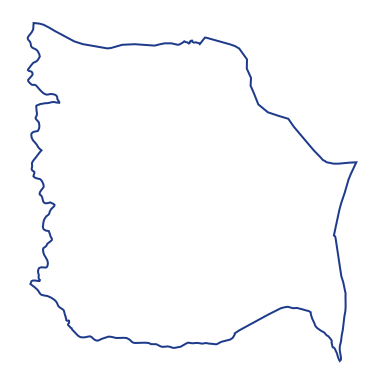 Sukhuma, Champasak, Laos (Albers equal-area conic projection)
{"feature_id": "54806243B81764189920693", "entity_name": "Sukhuma", "entity_type": "district", "adm_level": 2, "iso_a3": "LAO", "parent_name": "Laos", "parent_adm1": "Champasak", "projection": "albers", "projection_center": [105.623, 14.635], "detail": "fine", "context": "isolated", "style": "outline", "palette": "blue", "viewbox_px": 384, "rotation_deg": 0, "n_neighbors": 0, "source": "geoboundaries", "source_scale": "gbopen_adm2", "svg_char_len": 5419}
<svg xmlns="http://www.w3.org/2000/svg" viewBox="0 0 384 384"><path d="M33.6,23.0L33.4,26.4L33.2,29.3L31.8,32.1L28.3,36.5L27.7,37.9L27.8,38.8L28.4,40.0L30.0,41.7L30.5,43.1L31.2,46.4L32.2,47.6L33.7,48.4L35.9,49.4L37.0,50.3L38.2,52.0L39.3,54.3L39.8,56.6L37.9,59.9L36.2,61.5L33.3,62.8L32.7,63.5L31.0,65.5L28.1,69.4L27.9,70.0L29.0,71.0L30.6,71.3L31.7,71.9L32.4,72.8L32.6,74.5L31.6,76.0L28.3,79.6L28.1,80.2L28.3,81.2L29.4,82.6L31.6,84.6L32.3,84.9L34.6,84.8L35.9,85.3L36.9,86.4L40.6,90.6L42.6,92.5L44.3,93.8L46.4,94.6L47.7,94.6L50.4,94.0L53.2,94.2L55.4,94.9L56.6,95.9L57.2,97.1L57.4,99.2L59.3,102.1L59.2,102.8L56.3,102.5L54.2,102.0L51.6,102.2L48.1,103.1L45.4,103.2L40.2,104.1L36.7,105.5L36.2,106.0L36.5,110.3L36.9,113.0L36.9,115.1L35.7,117.4L35.6,118.3L35.9,119.0L38.8,122.3L39.4,125.6L39.1,128.5L37.8,131.0L33.4,131.9L32.3,132.7L31.8,133.3L31.4,133.9L31.3,135.2L31.7,137.8L33.0,140.3L34.9,142.4L36.7,144.6L38.1,147.0L39.4,148.6L41.5,150.3L39.5,152.6L36.1,157.1L33.3,160.6L32.2,162.4L32.2,162.5L31.9,163.7L32.2,166.3L31.6,169.0L32.4,170.6L33.3,171.2L34.3,171.8L34.4,173.2L33.8,174.9L33.4,176.2L34.5,177.4L35.9,178.1L38.3,178.7L39.8,179.0L40.9,179.8L41.8,181.0L42.5,182.2L43.5,184.7L43.7,186.7L43.3,187.6L41.5,189.8L40.0,192.1L39.6,193.4L39.8,194.6L40.6,195.0L41.3,195.8L42.1,197.1L42.8,199.9L43.3,201.6L44.1,202.7L45.3,203.2L46.7,203.3L49.3,202.7L50.4,202.4L52.1,203.3L53.7,204.1L54.5,204.8L54.4,205.8L53.2,207.2L51.1,209.1L49.7,211.7L49.5,212.8L48.8,214.4L46.5,216.2L45.4,217.5L44.9,218.4L43.9,220.2L43.7,221.1L43.2,223.7L43.1,225.6L42.8,226.7L43.2,228.3L43.8,229.4L44.8,230.0L46.0,230.6L47.8,230.9L48.8,231.1L49.8,233.9L50.7,236.8L51.7,238.2L51.9,239.1L51.8,240.1L50.4,241.4L48.0,243.2L47.1,244.1L46.5,245.6L45.5,246.7L44.5,247.3L43.3,248.3L43.0,249.5L43.3,252.3L44.2,254.9L45.8,257.6L47.3,260.3L47.9,262.9L47.6,265.5L47.0,266.8L46.0,267.5L44.4,267.5L43.3,267.4L41.3,267.3L40.2,267.6L39.1,268.1L38.4,269.4L38.0,271.5L38.3,273.3L38.8,275.2L38.6,276.9L38.6,278.0L39.3,279.6L39.9,280.0L39.5,281.0L38.4,281.0L35.1,280.5L34.0,280.5L32.8,280.5L31.6,281.1L31.0,282.3L30.4,284.0L34.9,287.4L35.8,288.3L37.2,289.5L37.9,290.3L38.4,291.0L39.0,292.0L39.6,293.0L40.2,293.7L40.5,294.1L41.3,294.7L41.8,294.9L42.5,295.1L43.4,295.3L44.7,295.6L46.2,295.8L47.3,296.0L48.4,296.4L49.4,296.9L50.7,297.4L52.6,298.6L53.8,299.4L54.9,300.3L55.7,301.1L56.3,301.8L56.7,302.6L57.4,303.8L57.7,304.7L58.1,305.7L58.4,306.1L58.6,306.5L58.8,306.6L59.9,307.5L61.1,308.3L62.2,309.0L63.1,309.7L63.5,310.1L63.8,310.5L64.0,311.1L64.3,312.3L64.7,313.9L65.1,315.4L65.5,316.1L65.7,316.4L65.7,316.6L65.7,316.8L65.6,317.2L65.6,317.4L65.7,317.7L66.0,318.3L66.1,318.7L66.2,319.1L66.2,319.9L66.3,320.2L67.1,320.8L67.5,320.8L68.0,320.6L68.3,320.5L68.5,320.5L68.8,320.6L69.1,320.8L69.1,321.0L69.1,322.3L69.1,322.6L68.9,323.0L68.7,323.4L68.5,323.6L68.2,323.9L68.1,324.1L68.0,324.3L68.0,324.6L68.2,325.1L68.4,325.4L68.7,325.8L69.0,326.0L69.5,326.3L69.7,326.5L69.9,326.8L70.1,327.1L70.2,327.4L70.4,327.6L70.7,327.8L71.3,328.0L71.6,328.2L72.1,329.5L77.9,335.6L80.1,337.0L82.2,337.4L84.9,337.3L88.1,336.6L90.0,336.3L91.6,337.1L93.2,338.6L94.8,339.9L96.7,340.6L98.3,340.5L101.9,338.8L105.5,337.6L108.6,336.6L111.6,336.9L114.9,337.7L116.7,338.0L120.8,337.9L123.6,337.8L126.6,338.0L129.9,339.8L131.0,341.1L132.9,342.5L133.9,342.8L135.5,343.0L140.5,342.8L145.2,342.7L148.7,343.0L151.0,344.1L154.9,344.2L156.1,344.2L157.0,344.5L158.3,345.2L160.0,346.1L162.0,346.8L164.0,346.8L167.3,346.4L169.0,346.6L171.0,347.2L173.1,347.9L174.4,347.9L180.7,346.7L182.9,345.4L187.3,342.9L188.4,342.7L192.5,343.3L195.8,343.0L197.0,342.9L198.2,343.0L201.8,343.6L203.0,343.5L206.3,343.0L208.3,343.5L211.7,343.8L216.0,344.3L217.2,344.0L221.1,341.9L224.9,340.9L230.1,339.6L232.7,337.9L234.7,334.6L234.7,333.4L239.2,330.4L268.0,314.7L280.7,308.3L283.2,307.6L286.0,307.0L288.0,306.8L290.7,307.6L292.6,308.1L294.2,308.2L296.7,307.9L299.2,308.5L301.9,309.2L305.7,310.3L308.9,311.1L310.7,312.3L310.8,314.3L312.3,318.9L314.1,322.6L315.5,326.2L317.5,328.3L320.8,330.6L324.2,332.5L326.6,335.3L328.0,336.0L328.7,336.7L329.9,338.1L331.4,340.0L331.8,341.0L331.7,341.7L331.5,342.3L331.9,343.6L331.9,344.1L332.1,344.7L332.1,345.1L332.3,345.9L332.5,346.7L332.8,347.2L332.9,347.4L333.8,347.5L334.8,348.7L337.1,353.7L337.4,355.2L337.9,356.7L338.5,358.6L339.7,361.0L340.4,360.4L340.8,359.8L341.0,359.0L341.0,358.2L340.7,356.0L340.2,353.1L339.7,350.0L339.8,346.2L341.0,341.4L341.6,336.4L341.7,335.4L342.8,329.9L343.3,325.6L343.8,321.3L344.4,316.3L345.0,313.1L345.4,310.8L345.4,310.5L345.4,310.4L345.6,307.6L345.6,304.1L345.5,296.3L345.6,293.6L345.1,291.2L343.2,282.1L341.3,276.1L335.5,237.7L335.1,236.4L333.9,235.5L339.0,211.5L339.7,208.6L341.2,203.1L344.7,192.8L348.6,179.3L349.2,178.0L350.8,174.0L352.6,170.2L356.3,162.3L348.9,162.7L338.3,163.7L333.7,163.7L326.5,162.2L325.2,161.2L322.8,159.9L320.4,157.2L313.7,150.3L293.7,126.6L288.3,118.8L278.4,115.8L267.9,112.3L258.3,104.4L254.0,93.5L250.6,85.7L251.0,77.9L246.8,68.6L247.0,59.4L239.2,48.5L237.0,47.3L235.3,46.2L233.3,45.5L230.2,44.4L206.6,37.8L204.9,37.6L199.8,44.1L199.0,43.1L197.6,42.9L196.0,42.3L193.8,42.6L192.3,41.8L192.2,40.7L191.1,40.7L190.0,41.5L189.6,43.1L188.9,43.5L187.6,42.5L185.4,42.0L184.3,41.3L182.6,42.7L179.8,44.3L178.2,44.8L175.5,44.3L171.4,43.3L164.8,43.3L159.8,44.3L154.6,45.6L134.7,44.2L122.2,44.8L111.0,48.0L107.3,48.4L82.7,44.1L74.3,41.4L55.2,31.2L48.9,27.5L43.5,24.7L39.3,23.6L33.6,23.0Z" fill="none" stroke="#1e3a8a" stroke-width="2"/></svg>